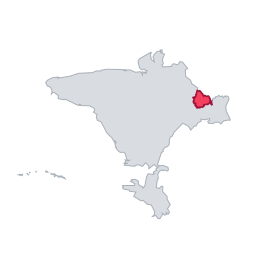 location of Punjab within India, rotated 101°
{"feature_id": "IND-3249", "entity_name": "Punjab", "entity_type": "State", "adm_level": 1, "iso_a3": "IND", "parent_name": "India", "parent_adm1": "", "projection": "natural_earth1", "projection_center": [75.648, 31.038], "detail": "fine", "context": "in_parent", "style": "filled", "palette": "rose", "viewbox_px": 256, "rotation_deg": 101, "n_neighbors": 0, "source": "natural_earth", "source_scale": "10m", "svg_char_len": 6525}
<svg xmlns="http://www.w3.org/2000/svg" viewBox="0 0 256 256"><g transform="rotate(101 128 128)"><path d="M44.9,109.4L48.1,108.7L48.5,106.3L54.3,107.3L58.3,105.6L59.6,106.8L61.4,105.7L59.3,97.0L57.1,96.7L56.2,95.3L56.5,91.2L52.8,89.6L53.0,87.0L58.1,80.8L60.3,82.9L66.4,81.2L69.1,75.8L72.3,73.9L75.1,67.6L77.5,66.5L78.0,64.2L82.1,60.1L81.5,59.0L81.7,54.7L86.0,51.9L85.5,50.9L82.5,50.0L82.3,48.2L80.6,48.1L80.3,46.6L78.7,45.2L79.5,43.1L78.5,41.6L80.1,40.0L78.1,39.2L78.5,38.1L77.5,37.1L78.5,35.2L80.4,34.4L88.2,36.2L93.1,34.6L99.8,29.4L101.1,29.5L101.0,31.1L102.8,35.5L106.4,37.6L105.0,39.6L105.5,43.1L107.4,45.4L107.9,50.0L106.2,51.0L105.0,49.3L103.2,49.8L105.2,53.7L105.3,58.1L107.3,57.5L109.5,60.3L113.2,61.7L113.5,63.3L118.1,66.0L114.7,69.0L112.9,75.2L123.1,81.8L127.8,83.2L128.2,84.2L131.4,85.3L135.9,84.4L138.9,85.7L139.4,87.5L142.6,89.5L144.4,88.9L145.7,90.5L158.3,92.1L159.2,89.7L158.1,86.9L158.9,81.3L161.3,80.3L162.6,80.9L162.4,84.2L163.3,85.6L162.4,86.6L164.8,89.1L168.4,89.9L171.6,88.6L173.9,89.4L181.1,88.8L181.4,85.8L178.6,84.0L178.8,82.6L183.9,81.8L187.7,76.6L190.6,75.9L195.3,71.9L199.7,73.8L203.2,71.0L205.1,72.3L203.8,73.5L204.0,74.6L205.6,73.7L206.6,75.7L205.0,78.1L206.8,77.8L211.0,79.4L211.1,81.4L208.6,83.8L210.1,87.0L207.9,85.5L204.8,86.0L199.0,90.6L199.2,94.4L196.2,99.4L197.0,101.2L194.0,109.3L189.4,108.0L189.8,114.4L188.7,115.1L188.8,120.6L187.4,122.2L186.3,121.3L185.5,122.3L183.2,110.6L181.4,110.6L179.8,115.4L178.7,113.9L178.0,114.6L177.0,111.3L178.1,107.8L181.0,107.1L182.2,105.6L182.9,102.4L184.2,101.9L181.8,100.4L172.6,100.5L169.1,99.5L168.9,95.1L167.9,93.2L167.3,94.6L166.3,94.6L164.2,91.9L163.1,92.9L160.4,90.8L160.9,92.1L158.9,95.4L164.0,99.8L161.2,100.3L158.8,104.1L162.9,106.5L162.1,110.7L163.1,113.5L164.3,114.0L165.2,124.5L164.1,123.9L163.5,125.0L162.8,121.3L162.5,124.5L160.8,123.8L159.9,124.7L160.2,121.2L158.7,119.6L160.0,121.3L158.8,123.4L154.0,125.6L152.6,127.4L153.4,131.1L152.1,133.7L150.0,135.8L149.2,135.5L149.1,136.6L145.4,138.0L145.0,136.7L143.5,137.6L143.1,138.7L144.6,138.5L140.8,141.9L137.0,147.6L126.9,155.8L126.4,159.5L123.5,161.1L120.7,161.0L119.0,165.0L117.0,164.0L115.0,165.3L113.6,169.7L115.1,180.5L114.2,179.0L113.7,179.7L115.3,181.4L111.6,195.4L112.5,196.2L112.5,202.2L109.4,202.6L107.2,207.3L107.7,208.9L110.0,209.9L107.4,209.4L104.2,210.5L102.8,212.0L102.0,215.4L98.9,217.5L96.2,215.9L93.2,211.9L91.8,208.1L91.3,204.9L92.6,207.5L92.0,204.9L88.3,195.1L83.7,186.8L80.5,173.6L77.9,169.7L77.3,165.6L76.4,165.3L74.4,160.2L71.8,145.2L72.5,142.6L72.3,141.7L71.5,142.9L71.4,142.2L71.4,140.7L72.4,140.8L71.3,140.3L70.6,137.1L71.9,131.3L70.4,126.5L71.0,125.8L70.3,125.9L73.2,123.9L69.9,124.2L70.9,122.4L69.8,122.3L70.0,121.1L71.5,120.6L67.9,120.3L68.4,121.5L67.0,123.4L68.3,125.4L66.9,128.0L61.1,130.8L58.0,130.1L49.4,120.2L49.8,119.2L51.1,120.2L56.3,118.2L58.2,114.7L53.4,117.0L50.9,116.3L47.5,114.0L46.3,111.4L48.4,109.4L45.3,111.2L44.9,109.4ZM188.0,193.9L186.9,191.6L188.3,189.2L188.6,181.4L189.8,180.1L188.8,184.2L189.5,187.0L188.7,187.7L188.0,193.9ZM194.9,223.3L194.9,226.6L193.9,224.8L194.9,223.3ZM186.8,200.6L186.0,200.6L185.9,199.2L186.8,198.2L186.8,200.6ZM192.2,217.9L192.1,218.9L191.9,218.0L192.2,217.9ZM193.1,216.6L192.8,217.9L192.9,216.5L193.1,216.6ZM194.1,222.1L193.8,223.1L193.5,222.7L194.1,222.1ZM188.7,210.0L188.2,210.1L188.5,209.5L188.7,210.0ZM187.8,194.4L187.3,194.9L187.5,194.1L187.8,194.4ZM189.7,190.4L190.0,191.4L189.3,190.7L189.7,190.4ZM190.8,216.3L190.3,216.2L190.5,215.7L190.8,216.3ZM187.9,184.2L187.6,185.2L187.8,184.1L187.9,184.2Z" fill="#d9dde1" stroke="#a8b0b8" stroke-width="1"/><path d="M85.9,52.4L86.0,52.1L86.2,51.8L86.2,51.6L86.1,51.3L85.9,51.1L86.1,51.1L86.4,51.1L86.5,51.0L86.7,50.9L86.7,51.0L86.8,51.2L86.9,51.3L87.0,51.4L87.2,51.0L87.4,50.8L87.7,50.7L88.1,50.7L88.3,50.5L88.4,50.3L88.4,50.2L88.7,50.1L88.8,50.0L89.0,49.9L89.1,50.0L89.3,50.5L89.0,50.7L88.6,51.1L88.4,51.4L88.2,51.5L87.7,51.6L87.6,51.8L87.6,52.0L87.8,52.1L87.8,52.4L87.5,52.8L87.9,53.0L88.1,53.1L88.4,53.2L88.7,53.4L89.1,53.5L89.4,54.1L89.7,54.5L89.4,54.6L89.4,54.8L90.2,56.4L90.5,57.3L90.6,57.8L90.7,58.0L90.8,58.1L91.0,58.2L91.3,58.2L91.5,58.1L91.5,57.9L91.6,57.5L91.8,57.4L92.2,57.9L92.3,58.1L92.4,58.3L92.4,58.2L92.5,58.2L92.6,58.3L92.8,58.3L92.9,58.5L93.0,58.4L93.1,58.5L93.3,58.7L93.4,58.8L93.3,59.0L93.2,59.1L93.2,59.4L93.3,59.5L93.3,59.8L93.3,60.1L93.5,60.3L93.8,60.6L94.2,60.9L94.2,61.0L94.4,61.3L94.5,61.4L94.5,61.5L94.4,61.7L94.2,61.7L93.8,61.8L93.8,62.0L94.0,62.2L94.2,62.5L94.3,62.5L94.6,62.5L94.7,62.8L94.8,62.8L94.9,63.0L94.9,63.3L95.0,63.6L94.9,63.7L94.9,63.8L94.9,64.1L95.0,64.5L94.9,64.6L94.7,64.7L94.6,64.3L94.5,64.2L94.3,64.3L94.2,64.2L93.9,64.3L93.9,64.6L94.0,64.7L94.0,64.8L93.9,64.9L93.5,65.1L93.3,65.3L93.0,65.4L92.9,65.5L93.0,65.6L93.3,65.6L93.5,65.8L93.4,66.0L93.2,66.3L92.8,66.6L92.7,66.6L92.4,66.5L92.3,66.3L92.3,66.2L92.2,66.0L92.2,65.9L92.0,66.0L92.0,66.3L91.9,66.4L91.8,66.2L91.7,66.2L91.7,66.4L91.4,66.4L91.1,66.2L91.0,66.3L91.2,66.5L91.3,66.5L91.2,66.6L91.1,66.8L91.0,67.0L90.9,67.4L90.8,67.5L90.9,67.9L91.1,68.0L90.9,68.2L90.7,68.4L90.3,68.5L90.1,68.8L89.9,68.8L89.6,69.0L89.3,68.9L89.2,68.9L89.0,68.6L88.9,68.4L88.7,68.3L88.3,68.5L88.2,68.7L88.1,68.8L87.9,68.7L87.6,68.8L87.4,68.8L87.2,68.6L86.8,68.5L86.7,68.5L86.5,68.8L86.4,69.1L86.1,69.3L86.1,69.5L85.9,69.7L85.8,69.8L85.9,70.0L85.7,70.1L85.4,69.8L85.3,69.6L85.2,69.4L85.3,69.2L85.4,68.9L85.5,68.9L85.3,68.5L85.3,68.3L85.2,68.3L85.0,68.6L84.9,68.5L84.8,68.4L84.7,68.3L84.8,68.2L84.7,68.1L84.8,68.0L84.8,67.8L84.8,67.7L84.7,67.7L84.6,67.9L84.3,68.0L84.2,68.0L83.9,67.8L83.8,67.6L83.7,67.5L83.3,67.4L83.2,67.3L82.9,67.3L82.6,67.4L82.3,67.6L82.2,67.8L81.8,67.6L81.5,67.5L80.7,67.4L80.2,67.4L78.1,67.3L77.9,67.3L77.9,67.2L78.0,66.9L78.4,66.2L78.4,65.9L78.3,65.7L78.2,65.4L78.1,65.1L77.9,64.9L77.7,64.7L77.8,64.5L77.9,64.4L78.0,64.5L78.0,64.3L78.2,64.2L78.5,63.8L78.5,63.7L78.8,63.6L78.9,63.4L78.9,63.1L79.1,62.8L79.2,62.7L79.3,62.7L79.5,62.6L79.5,62.4L79.6,62.2L79.8,62.1L79.9,61.9L80.1,61.8L80.1,61.7L80.3,61.4L80.3,61.2L80.5,61.0L80.8,61.0L80.9,60.9L81.0,60.8L81.1,60.7L81.4,60.6L81.5,60.6L81.8,60.3L81.8,60.1L82.0,59.9L82.3,59.7L82.1,59.6L81.9,59.5L81.7,59.5L81.5,59.3L81.4,59.2L81.5,58.7L81.5,58.4L81.6,58.2L81.8,57.6L82.0,57.3L82.1,57.1L81.9,56.7L81.7,56.1L81.4,55.5L81.3,55.4L81.5,55.2L81.6,54.7L81.8,54.5L82.2,54.2L82.3,54.1L82.5,53.8L82.9,53.8L83.0,53.8L83.1,53.6L83.2,53.4L83.3,53.2L83.5,53.3L83.6,53.2L83.8,53.2L84.0,53.2L84.4,53.0L84.3,52.8L84.4,52.7L84.8,52.9L85.0,52.8L85.2,52.7L85.3,52.5L85.5,52.4L85.9,52.4Z" fill="#f43f5e" stroke="#9f1239" stroke-width="1.5"/></g></svg>